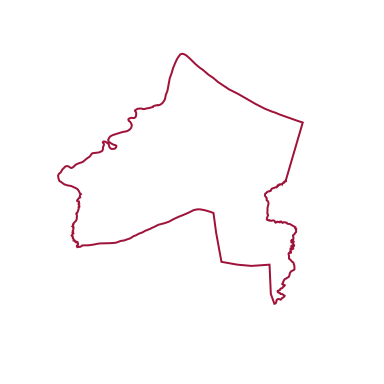 Nchelenge, Luapula, Zambia, rotated 70°
{"feature_id": "96606910B37258058096160", "entity_name": "Nchelenge", "entity_type": "district", "adm_level": 2, "iso_a3": "ZMB", "parent_name": "Zambia", "parent_adm1": "Luapula", "projection": "robinson", "projection_center": [28.93, -9.367], "detail": "fine", "context": "isolated", "style": "outline", "palette": "rose", "viewbox_px": 384, "rotation_deg": 70, "n_neighbors": 0, "source": "geoboundaries", "source_scale": "gbopen_adm2", "svg_char_len": 6076}
<svg xmlns="http://www.w3.org/2000/svg" viewBox="0 0 384 384"><g transform="rotate(70 192 192)"><path d="M164.6,64.2L161.3,68.4L149.1,83.2L146.0,86.5L144.1,89.0L138.7,95.0L131.2,102.0L115.5,115.2L108.2,122.1L97.6,129.9L91.9,133.1L87.6,136.3L81.0,140.0L77.4,142.5L73.2,144.9L65.6,148.5L61.8,150.6L60.0,152.1L58.7,154.0L58.7,156.0L61.2,159.7L62.1,160.7L64.0,162.7L69.1,167.4L73.6,170.7L77.5,174.0L88.4,180.4L91.8,183.4L92.4,183.8L93.2,184.2L95.9,186.0L98.1,188.9L98.9,191.0L99.1,192.7L98.9,194.4L98.6,194.5L98.2,196.9L98.1,198.8L98.4,199.6L98.7,199.6L98.8,199.7L98.3,204.4L97.9,206.2L97.8,208.4L97.3,209.7L96.2,211.1L95.2,214.4L95.6,217.0L95.9,217.7L96.5,217.8L97.9,217.3L99.7,217.7L101.7,218.9L102.4,219.6L102.5,219.9L102.6,221.5L101.5,223.7L101.5,226.4L102.1,227.0L102.5,227.1L103.6,227.0L104.9,226.1L105.6,225.9L107.1,225.7L108.7,225.7L110.8,227.1L112.0,229.2L112.5,231.3L112.5,233.3L112.0,235.9L111.8,238.1L111.4,246.9L111.7,249.4L112.6,251.2L114.3,252.9L115.5,253.2L116.7,252.7L118.5,251.5L120.6,249.7L122.1,247.6L123.0,247.3L124.1,248.1L124.8,249.4L124.7,250.7L124.1,252.7L123.0,253.8L121.5,254.2L119.3,254.0L118.4,254.0L118.0,254.2L116.6,255.1L114.9,256.4L114.3,257.8L114.3,258.2L114.9,258.8L115.7,258.7L116.3,258.4L117.1,258.4L118.2,259.1L119.4,260.3L120.4,260.6L121.8,261.4L122.5,262.1L122.8,262.7L123.0,265.9L121.5,272.4L122.0,273.4L123.8,276.1L124.4,278.8L126.4,284.5L126.3,289.3L126.5,291.5L127.0,293.1L127.6,294.1L128.2,296.1L128.2,297.0L127.5,298.0L125.8,299.2L125.1,300.2L124.8,300.8L124.7,302.2L126.6,306.3L127.9,307.7L128.7,308.8L129.5,311.0L130.9,312.3L133.7,312.8L135.7,312.9L136.7,312.6L137.4,311.8L141.3,309.3L141.7,308.6L143.1,306.9L145.0,303.5L148.9,299.6L150.0,298.7L152.8,297.9L155.0,297.8L155.4,297.4L156.0,297.1L156.2,297.7L156.9,298.5L158.1,299.1L158.9,299.0L159.2,300.8L159.9,301.6L160.2,302.2L160.5,302.7L161.1,303.0L161.9,302.4L162.3,301.5L163.0,301.8L164.3,301.9L164.3,302.6L164.6,302.8L165.9,302.7L166.1,302.6L166.5,302.6L166.8,303.1L167.3,302.9L167.6,303.1L167.6,303.8L168.7,304.1L169.6,304.6L169.9,305.0L170.5,305.3L171.2,306.0L171.9,306.5L172.1,306.8L172.1,307.2L172.5,307.8L172.9,308.2L173.3,307.9L173.9,308.0L175.8,308.5L176.8,309.2L177.7,309.4L178.4,309.9L179.5,311.1L180.6,313.4L181.6,314.9L182.1,315.1L182.3,314.9L182.6,315.3L183.0,315.3L183.2,315.5L183.4,316.1L184.2,315.7L184.3,315.4L184.8,315.4L185.0,315.7L184.8,315.9L186.2,316.1L186.9,316.4L187.8,317.5L188.4,317.6L188.6,317.5L189.0,317.9L189.2,317.6L189.4,317.8L190.4,317.7L190.4,318.3L190.6,318.7L191.0,318.9L191.5,319.6L191.7,319.2L192.7,319.7L193.4,319.3L194.0,319.7L194.5,319.5L194.8,319.7L195.7,319.4L196.3,319.7L196.7,319.4L196.8,319.7L197.0,319.8L197.2,319.2L197.6,319.3L197.8,318.9L198.1,318.9L198.6,318.3L198.6,318.5L198.8,318.6L199.6,318.3L199.7,317.8L200.3,316.7L200.9,316.9L201.4,317.0L201.7,316.8L202.5,317.2L202.9,317.5L203.0,318.4L203.5,318.8L204.0,318.6L204.6,318.6L205.3,315.3L204.7,313.4L204.9,312.6L206.3,308.7L207.0,306.2L207.8,302.2L208.4,298.0L209.1,295.3L212.0,286.7L213.3,282.2L213.7,280.0L213.6,276.4L213.8,274.6L214.3,272.6L214.4,265.8L213.4,261.3L213.6,260.0L213.0,256.3L213.0,252.3L212.4,248.9L212.5,247.0L212.3,245.9L212.4,244.1L212.0,242.1L211.9,239.5L211.3,234.9L211.9,228.5L212.0,223.8L211.2,218.8L210.7,212.9L210.6,208.3L210.3,202.7L209.6,196.6L210.0,193.4L211.0,190.4L213.5,186.2L216.7,181.8L219.1,179.0L238.2,183.2L267.7,188.2L275.8,174.2L281.8,161.4L286.8,144.0L314.8,152.8L325.2,152.8L325.3,152.0L325.1,151.4L324.3,150.5L322.7,149.6L322.3,149.2L322.0,147.8L322.6,146.4L323.4,145.7L323.5,145.4L323.2,144.7L322.7,144.2L322.0,141.4L321.5,140.6L321.1,140.4L320.3,141.2L319.4,141.6L318.8,142.2L318.1,143.7L317.3,143.8L316.8,144.1L316.4,144.8L315.7,145.5L315.2,145.6L314.2,145.3L314.2,143.0L313.9,142.6L313.3,142.2L313.1,141.6L313.2,140.8L313.1,140.0L312.4,138.8L311.9,137.4L311.3,136.7L311.1,136.8L310.5,137.9L310.1,138.3L309.3,138.7L309.1,138.5L308.7,137.6L307.8,137.1L306.7,136.2L305.6,134.6L305.5,133.0L305.2,132.3L305.2,131.7L304.9,130.2L303.6,128.9L302.3,128.2L301.1,127.1L300.3,125.4L300.2,123.2L300.0,122.7L299.6,122.1L295.9,120.9L294.8,121.1L293.3,120.8L292.7,121.0L291.8,121.8L289.5,122.6L288.3,123.4L287.7,123.6L286.1,123.0L286.8,122.8L286.1,123.0L285.4,122.7L283.2,122.5L282.6,122.0L282.3,121.2L281.7,120.2L281.8,119.9L282.8,120.1L282.8,119.7L281.7,119.4L280.3,119.4L278.8,118.8L278.7,118.7L278.9,118.3L280.1,117.6L280.1,117.0L279.8,116.2L279.3,116.0L278.9,116.1L278.2,116.4L277.3,117.1L277.0,117.3L276.7,117.1L276.5,116.6L276.5,116.1L276.8,115.6L277.6,115.3L277.7,114.8L277.5,114.5L276.7,114.2L275.4,114.7L275.0,114.7L274.4,114.5L273.8,113.6L273.3,113.4L273.1,113.6L273.1,114.6L273.5,115.6L273.3,115.8L271.8,115.5L271.4,115.1L271.2,114.5L271.4,113.5L271.3,113.1L269.3,112.2L268.1,112.2L267.3,111.9L266.7,110.2L265.8,109.1L265.3,108.0L264.7,107.6L263.4,107.4L262.7,106.8L262.3,106.7L261.7,107.4L261.2,107.5L260.5,106.9L255.7,110.9L255.4,111.3L254.8,112.7L254.2,113.3L253.2,113.5L252.8,114.4L252.4,114.7L252.4,115.0L251.8,116.0L252.0,117.4L251.4,117.8L251.0,118.3L250.5,118.1L250.1,118.6L250.0,119.5L250.4,119.6L250.5,119.7L250.5,120.0L249.9,120.3L249.7,121.2L249.1,122.0L249.1,122.4L249.4,122.7L249.4,123.7L249.3,124.0L249.0,124.2L248.6,123.9L248.2,124.0L246.8,124.8L246.3,125.8L246.3,126.9L245.7,128.1L245.7,128.4L245.0,128.7L244.9,129.0L245.1,129.5L244.9,129.7L244.1,130.4L244.0,130.8L243.2,131.0L242.3,130.6L239.8,128.5L239.2,128.3L238.0,128.6L234.3,127.0L233.1,126.7L229.3,124.2L228.1,123.8L227.0,123.8L225.9,124.1L225.4,124.6L224.7,124.5L223.4,123.9L222.2,124.2L221.1,124.6L220.0,124.6L219.3,124.3L218.4,123.4L218.4,122.5L217.6,121.2L217.7,119.5L217.8,119.1L217.7,118.6L217.8,118.6L217.8,117.7L217.6,117.3L216.8,116.8L216.2,115.8L216.1,114.9L216.3,114.4L216.1,112.0L216.6,111.1L216.5,110.8L216.0,109.6L215.5,109.8L215.0,109.1L215.1,108.4L214.9,107.8L215.3,107.3L214.8,107.0L215.2,105.5L215.1,104.4L215.3,104.4L214.9,104.0L215.0,102.9L214.8,102.5L214.6,102.1L214.3,102.2L214.2,102.4L214.0,102.1L214.0,101.2L213.8,101.1L214.0,100.0L213.2,99.7L212.9,99.8L212.4,99.3L164.6,64.2Z" fill="none" stroke="#9f1239" stroke-width="2"/></g></svg>